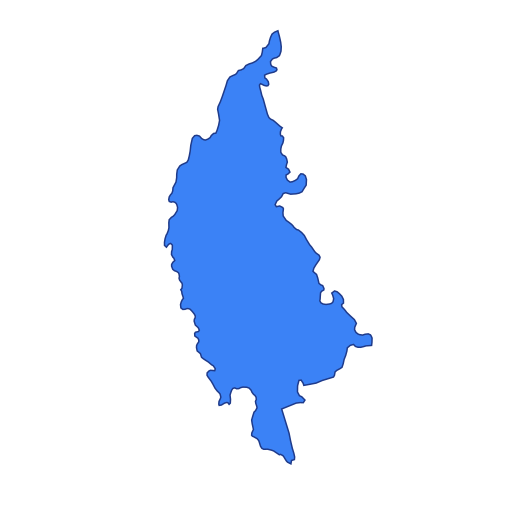 outline of Mazyr, Gomel, Belarus, rotated 253°
{"feature_id": "67162791B88851399193905", "entity_name": "Mazyr", "entity_type": "district", "adm_level": 2, "iso_a3": "BLR", "parent_name": "Belarus", "parent_adm1": "Gomel", "projection": "robinson", "projection_center": [29.026, 51.973], "detail": "fine", "context": "isolated", "style": "filled", "palette": "blue", "viewbox_px": 512, "rotation_deg": 253, "n_neighbors": 0, "source": "geoboundaries", "source_scale": "gbopen_adm2", "svg_char_len": 5650}
<svg xmlns="http://www.w3.org/2000/svg" viewBox="0 0 512 512"><g transform="rotate(253 256 256)"><path d="M136.7,340.4L139.7,341.7L143.6,343.0L145.6,342.8L147.1,342.4L148.7,340.6L149.3,337.3L149.2,334.8L150.6,331.9L151.5,330.8L153.6,329.3L156.7,328.7L159.0,329.6L162.2,332.3L166.4,331.5L171.1,328.7L175.6,326.2L177.6,325.5L179.7,324.6L182.3,323.3L184.5,323.7L185.4,325.9L188.9,326.9L192.5,326.3L195.5,324.8L198.1,323.1L199.6,320.9L198.4,317.6L196.1,317.9L192.5,317.8L189.7,316.3L188.6,314.4L188.6,312.2L189.2,308.8L190.4,306.2L192.2,304.4L194.5,303.9L196.0,304.7L198.7,305.7L202.0,307.0L203.1,308.5L203.7,310.9L205.0,311.5L208.2,311.1L209.4,309.6L211.4,308.2L217.0,308.6L220.7,308.5L223.0,307.0L224.7,306.0L227.5,307.8L230.2,310.8L232.0,313.1L233.9,315.5L236.1,316.9L238.4,316.5L241.1,314.4L243.1,313.4L248.3,311.8L251.0,310.6L256.8,309.1L261.5,308.2L264.9,306.6L268.4,304.2L269.4,302.6L272.3,300.7L273.5,300.4L275.8,299.3L278.9,297.1L281.2,295.3L286.3,293.7L289.5,294.4L293.1,296.0L294.5,295.8L296.9,293.3L297.2,289.9L299.5,289.3L302.5,292.0L303.5,294.4L305.2,297.7L307.8,300.3L307.8,302.9L306.3,305.2L305.0,307.2L303.8,312.4L303.5,315.6L304.0,318.8L306.6,321.7L309.1,324.7L314.3,326.6L318.2,326.6L320.6,325.0L321.5,322.9L320.0,320.4L317.7,318.4L316.8,315.7L316.4,312.6L316.7,310.2L319.4,308.2L322.5,307.7L324.7,308.5L325.1,310.6L326.3,313.0L329.5,312.5L331.9,310.5L334.5,311.9L336.6,313.4L339.7,313.7L342.3,313.4L343.4,312.6L344.9,310.9L347.9,310.0L351.1,311.0L353.8,312.5L356.3,314.8L358.6,316.1L361.0,317.0L363.0,316.3L363.7,314.9L365.4,314.9L367.7,315.7L370.2,317.7L370.9,318.6L373.2,316.8L376.0,315.1L378.3,313.7L380.7,312.1L382.7,309.9L384.7,308.8L388.2,308.4L392.5,308.5L396.9,308.6L403.8,308.8L408.0,308.5L412.8,308.8L416.3,308.9L418.5,309.3L419.5,310.7L418.3,312.1L416.8,313.6L415.6,315.6L415.4,317.2L416.5,318.4L419.2,318.7L422.2,317.7L423.8,316.5L426.4,317.1L426.8,319.2L426.9,322.4L426.6,327.0L427.1,329.5L428.0,330.5L429.8,330.5L431.2,328.5L432.9,326.6L434.9,326.1L437.7,326.7L439.6,329.3L439.9,331.4L439.7,333.8L440.7,336.9L442.3,338.2L444.6,339.8L448.7,341.3L453.2,342.1L456.8,342.4L459.7,342.6L463.6,342.7L465.0,342.8L464.6,339.1L463.5,336.2L460.8,333.8L457.7,331.7L455.2,330.4L452.5,326.5L452.5,323.4L452.6,323.2L449.1,321.6L446.1,319.8L443.5,315.4L442.3,312.5L441.7,309.1L441.7,305.6L441.1,302.0L438.8,299.0L438.3,296.1L438.5,293.4L436.2,290.7L435.6,289.2L435.3,286.3L434.8,283.4L432.0,279.9L427.7,277.1L422.4,273.3L418.1,270.2L413.8,266.9L409.9,263.4L407.5,262.2L402.7,261.7L396.3,260.8L391.8,258.4L387.4,255.4L385.2,253.5L385.6,251.3L384.3,248.5L382.6,246.7L381.8,243.9L381.7,241.4L382.6,239.9L384.2,238.4L387.2,237.0L388.7,234.7L389.0,232.5L387.1,229.5L380.9,226.0L375.5,223.7L371.1,221.4L367.5,219.2L365.8,217.2L365.5,215.1L365.1,211.8L364.4,209.5L361.3,205.9L357.4,204.1L354.0,203.0L350.1,201.1L345.6,196.6L342.6,195.4L340.6,193.9L339.4,192.0L337.9,190.3L335.4,189.0L333.5,189.0L332.3,190.6L332.2,192.5L331.1,194.1L329.5,195.1L327.8,195.3L325.3,195.2L322.4,193.9L320.6,191.8L319.4,190.5L318.3,188.6L317.7,186.4L316.1,183.6L313.4,182.4L308.5,181.0L306.0,179.6L303.1,177.3L302.2,176.2L299.1,174.1L295.9,172.5L292.9,171.6L290.6,172.9L292.1,174.9L292.9,176.4L293.0,178.0L291.4,179.0L290.5,179.1L286.6,177.8L284.9,176.6L282.1,175.6L279.0,176.2L278.0,176.8L275.4,177.0L274.4,174.8L272.7,172.9L270.9,172.3L267.6,172.5L265.8,173.7L264.6,175.3L263.7,176.2L262.5,177.0L261.3,177.1L258.9,176.8L257.8,176.2L257.1,175.9L255.3,175.9L253.0,176.7L251.6,177.3L249.8,177.1L246.7,175.7L245.8,174.2L243.9,174.6L241.5,174.2L238.6,174.3L236.7,174.2L235.8,172.8L233.8,171.0L231.6,169.6L228.3,169.0L226.3,170.4L225.8,172.5L225.9,174.7L225.3,176.2L224.5,177.3L222.5,178.4L220.7,179.2L218.6,180.0L216.4,180.4L214.6,179.7L213.6,178.6L211.8,177.8L209.6,177.8L207.7,177.8L205.7,179.0L204.3,179.8L201.6,180.1L200.6,178.9L200.8,175.8L199.9,174.7L197.4,174.1L195.9,175.2L194.4,176.4L192.5,176.7L190.7,176.2L190.0,175.3L188.8,173.9L187.7,173.0L185.8,172.3L182.4,172.0L178.9,174.3L175.1,174.3L173.0,175.7L170.7,177.6L168.5,179.5L165.0,181.7L163.5,183.1L160.1,184.1L158.4,183.0L159.1,181.3L160.0,179.1L159.8,177.4L158.5,175.1L156.3,174.3L154.2,174.8L151.7,175.7L149.6,176.5L146.2,177.3L141.5,178.2L138.1,179.5L136.2,180.6L134.4,181.3L131.3,181.1L130.0,180.2L127.7,178.1L125.2,177.1L123.9,177.1L123.6,179.4L124.1,181.3L124.5,182.8L124.5,185.1L124.0,186.2L122.0,186.9L122.8,188.4L126.3,189.7L130.6,190.5L132.8,192.0L134.9,193.6L136.1,195.1L136.1,197.1L134.7,198.7L134.2,200.8L134.6,202.8L134.5,205.1L133.8,207.1L133.2,208.8L131.7,210.8L129.0,212.1L126.9,212.3L124.4,213.2L123.0,214.2L120.9,214.8L118.6,214.3L117.2,213.0L115.0,212.7L112.2,212.8L110.5,212.6L108.2,210.3L107.3,208.5L103.7,206.0L100.4,203.9L96.5,203.3L93.9,203.1L90.8,202.8L89.4,201.5L87.9,200.2L85.8,199.4L84.7,199.9L83.7,201.1L82.3,202.4L81.1,203.6L79.6,204.3L78.1,204.7L75.0,204.7L72.7,204.7L70.3,205.4L68.9,206.9L68.4,208.7L67.9,210.5L66.8,212.4L65.7,214.2L64.4,215.9L62.4,217.5L59.1,220.2L59.1,221.5L57.2,223.4L55.5,224.0L53.0,224.6L50.9,225.2L49.6,225.9L47.7,227.9L47.0,228.6L50.1,230.2L50.1,233.2L52.5,234.2L56.3,234.5L61.4,234.5L69.0,235.0L76.9,235.8L84.8,235.8L90.6,235.8L96.1,235.8L102.2,235.8L103.6,251.4L102.9,255.4L101.9,258.3L103.9,260.7L108.0,258.6L109.7,256.7L113.9,255.9L119.7,257.8L124.5,260.7L124.1,262.9L120.4,263.9L118.3,263.9L117.6,269.8L116.9,276.3L117.6,283.0L117.6,291.0L117.6,294.7L118.9,296.1L122.0,297.7L123.0,299.8L123.7,303.3L124.4,305.7L127.5,307.9L131.3,310.0L134.7,312.7L138.5,315.1L141.5,316.5L143.0,320.0L142.9,323.4L140.5,324.6L139.0,326.7L138.1,329.4L137.9,332.5L137.9,334.9L137.0,338.9L136.7,340.4Z" fill="#3b82f6" stroke="#1e3a8a" stroke-width="1.5"/></g></svg>